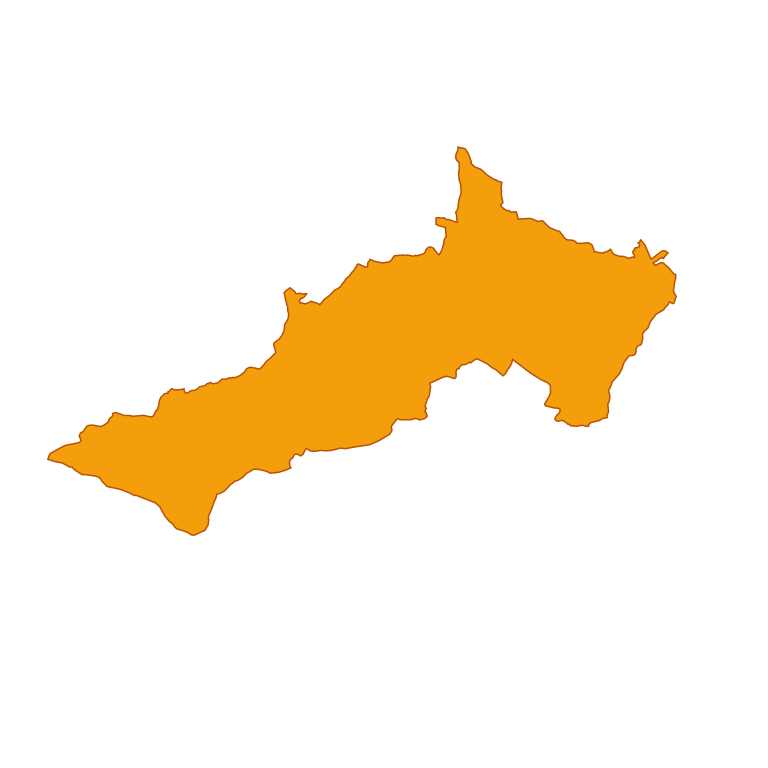 Tomesti, Hunedoara, Romania, rotated 227°
{"feature_id": "2599482B69537479715254", "entity_name": "Tomesti", "entity_type": "district", "adm_level": 2, "iso_a3": "ROU", "parent_name": "Romania", "parent_adm1": "Hunedoara", "projection": "robinson", "projection_center": [22.675, 46.258], "detail": "fine", "context": "isolated", "style": "filled", "palette": "amber", "viewbox_px": 768, "rotation_deg": 227, "n_neighbors": 0, "source": "geoboundaries", "source_scale": "gbopen_adm2", "svg_char_len": 6163}
<svg xmlns="http://www.w3.org/2000/svg" viewBox="0 0 768 768"><g transform="rotate(227 384 384)"><path d="M314.3,670.1L314.1,668.9L313.5,668.6L313.9,666.0L311.3,666.0L311.1,664.9L310.5,664.1L311.2,661.8L311.8,661.4L312.4,659.7L311.0,658.3L311.5,657.3L311.3,656.5L310.0,655.3L307.8,655.1L305.9,653.6L307.4,652.3L308.8,648.8L312.3,647.1L314.4,645.8L316.7,643.4L321.9,640.6L324.0,640.6L327.9,641.6L328.9,636.9L330.3,634.6L330.3,633.6L333.0,631.1L336.6,628.9L337.1,628.0L343.4,630.9L346.1,630.6L348.8,629.0L351.8,624.7L355.4,621.1L358.4,621.0L360.1,620.3L364.8,616.1L367.2,615.6L375.9,616.5L378.5,614.8L386.0,611.6L394.8,611.4L396.6,609.8L397.8,607.5L404.5,604.5L406.2,603.0L413.1,594.5L418.6,597.7L419.8,598.1L423.2,594.1L425.6,593.7L427.1,592.1L430.6,591.1L435.2,591.0L435.5,594.4L435.9,594.9L442.5,598.9L445.1,601.8L447.3,603.2L451.3,607.7L454.7,605.6L457.4,605.0L457.9,604.2L466.8,601.9L474.8,601.3L482.0,597.9L482.9,598.4L485.8,597.9L486.8,599.3L491.9,601.6L495.9,603.0L500.7,603.8L506.8,599.6L505.0,598.0L502.6,592.8L499.9,590.3L498.0,589.8L495.5,589.9L493.6,589.1L489.6,585.3L487.4,582.4L482.7,578.7L477.3,575.8L471.8,571.4L470.7,570.1L468.3,565.6L464.7,560.7L462.6,558.9L462.1,557.4L460.9,555.6L460.8,553.8L460.4,553.3L458.2,552.4L455.1,549.7L452.4,548.3L452.4,547.8L453.8,546.8L460.2,543.5L461.0,542.4L463.2,541.2L464.0,541.5L465.2,540.7L465.8,539.5L468.8,537.0L470.0,535.3L465.2,530.9L462.8,531.9L456.3,535.8L455.2,534.2L453.5,533.4L452.7,532.3L451.4,532.0L450.3,530.3L449.1,529.7L448.8,527.3L447.2,524.6L445.8,523.4L444.7,521.1L443.0,518.8L440.8,512.6L442.3,512.0L449.5,512.8L451.6,512.1L453.2,510.8L453.8,508.9L453.6,506.1L452.0,503.3L452.9,500.3L455.3,495.6L456.8,494.6L456.9,493.6L457.7,492.4L462.2,489.3L463.3,487.5L465.9,485.3L470.6,479.2L470.7,478.3L469.4,473.7L470.0,470.1L471.3,469.0L473.3,465.4L474.9,464.7L478.7,461.6L484.7,458.6L484.2,458.0L483.7,454.8L481.7,452.8L481.2,451.2L482.6,449.9L488.9,447.3L489.6,446.5L489.4,444.6L488.6,444.3L488.3,443.7L488.6,442.3L487.8,440.4L487.5,436.3L486.6,432.0L487.0,428.2L485.8,423.8L486.1,423.3L484.8,418.6L485.5,414.3L486.3,412.2L485.9,404.6L486.6,398.1L485.7,391.0L487.6,390.7L494.4,387.0L495.0,383.8L496.5,380.8L499.2,379.4L500.4,377.8L502.5,378.7L503.3,381.8L502.5,382.7L502.0,385.4L502.7,388.9L503.7,388.3L505.0,385.9L508.1,384.2L508.8,382.6L510.3,381.2L512.6,381.8L518.5,380.8L519.1,376.3L518.9,373.2L509.1,367.4L505.8,366.0L503.2,363.5L499.9,361.9L497.5,358.7L496.4,356.5L495.4,352.2L491.0,347.1L489.1,342.1L488.3,337.9L489.1,331.5L487.1,329.6L482.4,327.3L480.5,325.7L480.7,321.9L480.4,318.4L480.8,313.1L479.9,308.7L479.7,304.2L480.6,302.3L482.5,301.4L487.2,297.9L488.0,296.6L488.8,294.0L487.8,289.1L488.3,287.3L488.3,284.8L489.4,281.5L490.4,279.2L492.0,277.9L492.3,276.6L494.0,275.3L495.5,271.3L498.1,268.8L498.2,263.4L500.4,259.5L503.7,257.9L504.0,256.0L504.8,255.3L505.0,251.9L507.7,247.3L507.7,243.9L508.4,241.3L510.0,239.4L511.1,237.0L511.2,235.1L512.5,232.5L515.4,233.4L517.0,234.5L517.6,232.8L522.3,226.9L525.2,225.8L525.5,225.2L525.2,222.0L525.6,220.6L524.6,220.0L526.5,216.9L526.4,211.6L524.9,208.2L522.1,204.8L520.0,201.2L519.9,199.1L517.9,193.1L518.8,191.1L525.1,186.7L531.5,178.5L534.5,176.4L538.4,172.4L546.0,168.5L547.4,166.0L547.2,165.0L546.2,164.3L545.6,163.1L546.0,160.0L545.1,157.7L544.3,156.7L544.7,152.2L545.7,148.5L547.1,147.0L552.3,143.2L554.9,140.2L555.6,138.5L555.7,137.1L554.3,130.9L555.1,129.6L555.0,127.9L553.7,125.6L550.6,124.5L549.3,123.7L549.0,123.0L549.2,121.1L549.8,119.9L556.2,109.4L557.1,107.2L560.8,92.8L559.9,89.8L558.1,86.8L551.2,90.7L545.7,94.8L537.5,97.6L535.9,99.3L532.7,99.1L523.7,101.3L521.9,103.4L512.9,110.6L509.0,112.1L504.5,111.4L497.8,111.6L487.0,119.2L477.3,123.9L472.7,125.3L472.0,126.6L453.1,135.7L447.4,136.3L436.4,133.6L430.2,133.3L425.4,134.0L421.9,133.4L419.2,133.8L413.2,137.3L408.6,139.4L405.1,140.2L402.9,142.0L399.1,153.3L400.9,159.3L403.6,162.5L406.8,165.1L411.4,175.5L413.1,178.1L415.2,183.2L417.5,186.7L416.1,188.9L414.6,193.7L414.7,198.7L415.2,202.3L414.5,208.6L413.1,211.7L412.0,217.5L412.4,222.1L410.5,230.7L406.7,234.3L400.7,238.3L396.3,240.0L391.3,246.7L387.8,253.9L386.2,258.8L387.9,259.0L390.8,260.9L392.4,263.2L392.3,267.2L393.5,270.3L392.5,272.6L388.3,274.0L387.8,276.7L389.9,282.7L389.1,283.5L385.3,284.5L381.8,287.6L378.6,292.4L375.2,295.5L371.6,299.8L366.8,308.4L362.8,311.8L359.1,317.9L349.5,331.9L346.0,341.6L343.4,353.9L344.6,358.2L348.0,360.4L349.5,368.9L349.0,370.4L346.6,371.7L339.8,378.9L337.5,383.2L335.7,384.8L334.0,385.1L333.4,385.6L331.0,390.1L330.9,393.2L331.4,393.9L334.5,395.4L336.5,395.2L337.2,398.2L339.9,399.0L343.3,405.3L344.4,408.7L346.6,411.7L350.2,416.2L353.3,417.9L348.9,431.3L347.3,434.6L344.8,436.7L340.1,439.0L339.7,440.1L339.8,441.1L341.9,443.6L343.1,444.0L345.3,447.5L344.0,449.3L344.7,450.2L345.2,453.5L342.7,456.9L341.6,461.5L340.4,461.7L339.7,467.9L338.5,469.5L328.5,473.2L322.5,474.1L317.9,475.6L308.8,476.6L308.7,479.6L310.0,483.7L310.9,488.2L312.2,491.7L314.4,494.8L292.0,498.6L280.0,501.8L273.4,504.5L269.7,504.8L263.8,499.6L262.0,495.2L259.9,488.0L258.2,487.1L249.9,492.5L247.6,494.8L245.1,495.5L243.4,492.9L243.2,488.3L242.2,485.5L241.4,484.9L239.6,484.8L237.7,486.4L236.0,489.6L233.1,490.6L229.0,491.1L228.6,491.8L226.1,492.1L221.0,496.7L220.1,499.0L217.8,501.4L214.1,503.8L213.7,505.1L214.8,505.8L214.6,509.1L210.3,516.8L209.7,520.5L207.2,524.2L209.3,526.2L210.0,528.4L211.2,529.8L216.6,533.9L217.8,537.0L220.3,540.1L222.2,541.7L226.3,543.9L227.8,548.6L230.0,552.5L230.8,562.6L232.6,567.6L236.3,574.8L236.8,578.8L237.6,582.1L234.8,586.3L234.4,587.7L235.5,590.1L237.9,592.4L238.7,595.6L237.5,598.7L238.2,600.3L240.8,604.4L243.6,606.4L244.5,608.0L244.9,609.7L245.0,615.5L247.6,620.6L248.0,622.0L249.2,629.0L249.3,631.7L247.5,639.2L248.4,642.2L248.1,644.9L249.4,648.6L245.8,650.1L245.4,651.2L248.7,657.4L253.7,658.6L255.3,659.9L260.6,666.4L262.3,669.3L265.1,672.0L265.9,671.4L267.7,671.0L274.1,671.5L281.9,670.8L283.8,669.6L285.2,665.1L285.4,663.5L289.0,663.3L288.0,667.4L287.6,672.7L287.1,673.6L286.3,673.3L285.1,674.0L285.7,675.4L286.2,681.2L289.5,680.4L291.2,678.9L291.7,677.0L292.9,665.9L293.4,664.5L307.5,669.6L314.3,670.1Z" fill="#f59e0b" stroke="#b45309" stroke-width="1.5"/></g></svg>